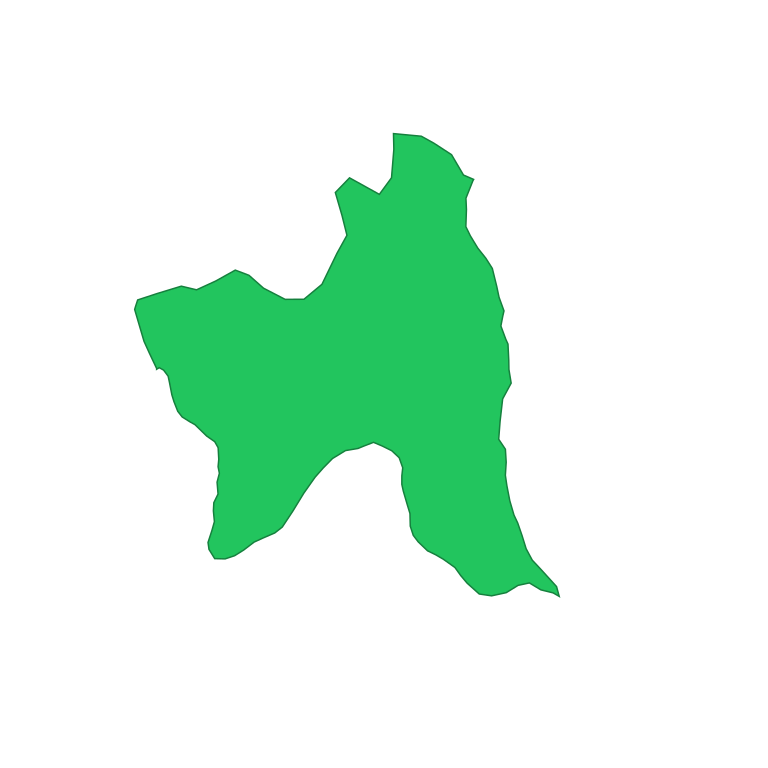 Agsu District, Ağsu, Azerbaijan, rotated 119°
{"feature_id": "54616110B12323901372431", "entity_name": "Agsu District", "entity_type": "district", "adm_level": 2, "iso_a3": "AZE", "parent_name": "Azerbaijan", "parent_adm1": "Ağsu", "projection": "robinson", "projection_center": [48.44, 40.562], "detail": "fine", "context": "isolated", "style": "filled", "palette": "green", "viewbox_px": 768, "rotation_deg": 119, "n_neighbors": 0, "source": "geoboundaries", "source_scale": "gbopen_adm2", "svg_char_len": 1767}
<svg xmlns="http://www.w3.org/2000/svg" viewBox="0 0 768 768"><g transform="rotate(119 384 384)"><path d="M484.8,127.8L477.5,134.9L469.9,157.4L466.2,168.9L459.2,179.8L449.7,189.7L440.8,199.6L435.6,206.8L425.2,217.3L413.4,227.2L405.0,233.6L393.2,239.2L382.2,246.2L376.7,256.9L360.3,264.4L339.5,273.0L321.6,273.2L310.7,281.8L302.9,286.3L289.0,294.9L285.8,299.2L276.6,309.9L266.8,313.1L261.9,314.5L252.3,325.5L244.0,332.7L230.4,345.3L224.6,356.0L219.7,367.8L212.5,380.4L206.7,388.7L191.4,396.5L181.8,402.4L163.1,404.8L161.6,404.8L162.7,415.8L150.7,436.1L149.2,457.1L149.2,471.5L160.4,497.1L173.9,489.2L200.0,477.4L220.4,480.0L220.4,494.4L220.4,514.1L240.1,519.4L257.1,502.3L271.9,488.5L292.3,488.5L326.9,486.6L348.7,495.1L357.9,511.5L358.6,535.8L354.4,554.8L356.5,569.3L375.5,581.1L392.5,593.6L396.7,608.7L415.0,626.4L429.9,640.2L437.1,638.8L439.7,638.2L463.0,614.6L470.8,604.1L480.7,590.3L481.3,590.0L478.7,588.5L478.7,583.5L481.8,576.6L486.4,572.6L496.3,564.3L501.3,559.1L507.9,551.1L510.7,544.5L511.2,535.0L511.2,529.6L515.5,513.8L516.5,504.1L520.1,498.2L530.0,492.0L536.8,489.0L541.9,484.7L550.8,482.4L560.7,475.8L570.3,475.3L577.7,471.7L586.6,465.6L595.5,463.5L607.9,461.1L613.5,456.9L618.8,447.4L614.0,438.2L606.6,431.4L597.2,426.2L585.3,421.0L577.7,415.4L567.2,407.3L558.4,403.6L539.3,402.1L518.3,401.2L499.0,399.1L487.1,396.5L474.1,392.9L460.9,385.4L453.0,375.5L448.0,371.5L440.1,364.9L439.1,355.5L438.6,344.9L441.1,335.0L448.2,327.0L455.6,323.9L463.2,319.7L468.3,315.2L478.6,304.8L484.7,298.5L495.6,292.1L502.2,285.0L505.5,277.5L508.8,265.0L508.3,255.9L508.5,247.2L510.1,233.0L514.4,223.9L517.9,214.7L521.5,198.9L517.1,187.2L507.2,175.9L495.1,169.1L487.5,160.4L488.0,147.0L484.7,134.8L484.8,127.8Z" fill="#22c55e" stroke="#15803d" stroke-width="1.5"/></g></svg>